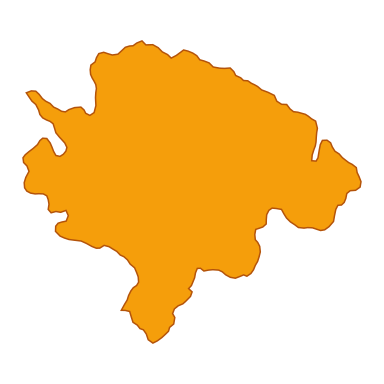 Varginha, Minas Gerais, Brazil (Natural Earth projection)
{"feature_id": "56859067B67059151251397", "entity_name": "Varginha", "entity_type": "district", "adm_level": 2, "iso_a3": "BRA", "parent_name": "Brazil", "parent_adm1": "Minas Gerais", "projection": "natural_earth1", "projection_center": [-45.416, -21.572], "detail": "fine", "context": "isolated", "style": "filled", "palette": "amber", "viewbox_px": 384, "rotation_deg": 0, "n_neighbors": 0, "source": "geoboundaries", "source_scale": "gbopen_adm2", "svg_char_len": 3314}
<svg xmlns="http://www.w3.org/2000/svg" viewBox="0 0 384 384"><path d="M230.2,68.0L224.6,68.4L219.8,68.2L213.2,67.0L209.1,62.9L204.1,61.0L199.8,59.8L196.8,55.7L192.8,53.1L188.0,51.1L183.6,50.0L180.7,52.2L176.2,55.5L171.2,58.1L167.6,54.6L162.3,51.9L158.2,47.7L152.8,44.7L145.9,44.9L142.0,40.9L136.8,43.0L133.0,45.8L129.6,46.0L125.3,47.3L121.8,50.6L117.9,54.2L112.3,55.0L108.2,53.8L103.7,52.3L98.8,53.6L96.5,57.6L95.1,61.9L90.9,65.1L90.2,69.7L90.6,74.4L92.2,78.0L94.1,81.2L95.8,84.6L96.4,88.6L95.8,92.7L95.5,97.7L95.9,105.6L94.1,112.6L89.9,115.4L85.7,113.3L84.0,109.9L80.9,107.1L74.6,107.6L68.9,109.6L65.4,111.9L61.6,111.3L57.7,109.0L53.6,107.1L50.0,103.4L45.7,101.2L42.4,98.6L39.1,94.3L35.8,91.2L31.3,90.9L26.3,92.8L29.3,97.3L31.9,101.1L35.8,104.5L38.6,110.0L39.9,114.5L42.7,117.9L46.6,120.0L49.9,121.3L53.1,123.7L54.5,128.1L55.9,132.8L59.5,137.2L62.1,140.0L64.8,143.0L66.9,147.4L65.9,151.1L63.4,154.2L60.0,156.4L55.9,155.5L53.6,151.4L52.0,147.2L50.2,143.0L46.8,138.5L42.7,138.2L39.9,140.6L37.5,144.6L33.1,148.5L29.0,151.6L25.2,154.8L23.0,157.8L23.6,162.5L27.0,166.0L29.0,171.4L25.8,177.4L24.2,182.7L24.6,187.8L26.8,191.1L30.6,193.1L35.1,193.9L38.8,193.7L43.3,193.9L46.8,195.8L48.2,199.6L49.0,204.2L48.2,209.4L51.1,212.8L55.9,211.5L60.7,212.3L66.0,210.4L68.3,215.7L66.2,221.1L61.5,222.1L58.1,223.2L55.7,226.2L55.5,231.4L60.1,236.1L64.4,238.0L69.0,239.5L74.5,240.2L81.1,241.0L86.6,243.5L92.0,246.5L96.3,248.2L99.8,248.1L104.1,245.4L109.1,246.7L112.9,249.1L116.8,251.4L120.2,255.0L123.9,256.7L127.5,259.9L130.2,264.1L134.6,267.8L136.6,272.5L138.2,276.8L138.6,282.2L136.6,285.5L133.3,287.7L130.9,290.9L128.6,295.5L127.2,300.0L124.7,304.1L121.3,310.3L125.2,310.4L129.7,311.5L131.3,317.0L133.0,322.3L137.3,325.1L140.0,328.6L143.4,329.8L146.3,334.0L148.2,339.7L152.9,343.1L157.3,340.9L161.8,337.6L165.7,334.0L168.5,331.2L169.6,327.4L173.7,324.0L174.8,317.5L172.6,313.6L174.4,308.9L178.2,305.8L182.9,303.8L186.1,300.9L190.5,296.4L192.1,291.9L188.6,288.6L191.4,285.6L193.0,281.7L194.6,277.8L195.5,272.8L197.3,268.4L200.5,268.3L203.9,271.0L208.5,270.1L212.8,269.7L218.7,270.1L222.3,271.8L225.7,274.8L230.3,277.3L235.4,278.2L240.3,276.3L243.6,274.9L246.9,276.2L250.9,273.5L253.5,269.8L255.3,265.4L257.6,261.4L259.1,256.8L260.3,251.9L259.7,246.3L257.7,242.4L255.3,239.7L254.8,234.6L255.7,229.4L259.6,228.1L262.8,227.0L266.2,224.0L266.3,219.5L266.7,214.7L268.9,210.3L272.1,208.1L276.3,208.5L281.5,209.4L284.0,214.0L286.5,218.0L290.4,221.9L294.7,224.7L298.4,227.5L304.0,228.1L307.6,227.6L312.4,227.8L316.9,229.3L320.6,230.5L324.7,229.8L329.0,226.7L333.5,221.5L334.5,215.7L335.8,209.4L337.9,205.3L341.5,205.0L344.2,202.4L345.8,198.5L346.8,193.5L350.2,190.7L355.6,190.3L360.1,187.1L361.0,181.7L359.0,176.5L357.1,172.5L356.3,167.6L352.2,164.4L348.7,162.6L345.7,160.3L342.3,157.6L339.2,154.0L334.9,151.2L332.2,146.8L330.6,142.8L327.0,140.2L322.4,140.4L320.3,144.6L319.4,149.3L318.6,154.0L318.0,157.8L316.1,161.1L311.7,160.7L312.2,155.0L313.9,149.6L315.3,145.9L316.0,142.1L316.3,137.0L316.7,132.5L317.4,128.3L315.6,121.1L311.5,118.8L308.3,116.2L305.3,114.3L301.7,113.3L297.8,112.2L293.5,111.7L290.1,109.0L286.7,104.5L281.6,104.3L276.8,101.2L274.3,95.4L268.0,92.3L261.6,89.9L257.6,86.5L254.6,84.8L251.4,83.3L247.8,80.8L243.5,80.5L240.7,77.8L235.7,75.5L233.8,71.6L230.2,68.0Z" fill="#f59e0b" stroke="#b45309" stroke-width="1.5"/></svg>